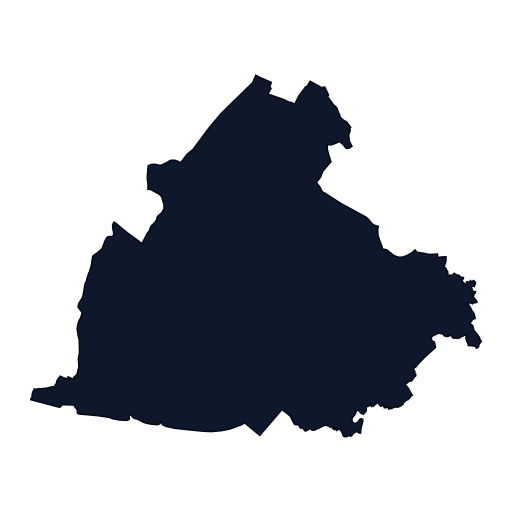 the district of Bang Pakong, Chachoengsao, Thailand
{"feature_id": "78962969B35774632549792", "entity_name": "Bang Pakong", "entity_type": "district", "adm_level": 2, "iso_a3": "THA", "parent_name": "Thailand", "parent_adm1": "Chachoengsao", "projection": "albers", "projection_center": [100.994, 13.548], "detail": "fine", "context": "isolated", "style": "filled", "palette": "ink", "viewbox_px": 512, "rotation_deg": 0, "n_neighbors": 0, "source": "geoboundaries", "source_scale": "gbopen_adm2", "svg_char_len": 6052}
<svg xmlns="http://www.w3.org/2000/svg" viewBox="0 0 512 512"><path d="M255.8,75.3L252.7,82.6L221.2,113.4L209.0,127.9L193.1,149.3L187.1,154.3L180.9,162.4L180.1,162.4L177.3,161.1L174.7,160.2L171.9,160.2L169.8,160.6L167.4,162.3L161.6,165.1L159.2,165.3L156.2,164.5L154.0,164.2L151.0,164.6L148.2,165.7L147.3,176.2L147.3,178.9L148.0,184.0L147.9,189.3L149.9,189.3L151.4,189.9L159.0,194.1L161.1,196.0L161.9,197.4L164.1,205.2L163.9,209.1L161.5,213.0L158.6,215.4L157.4,216.7L156.1,220.9L153.6,223.7L151.9,225.2L150.5,227.2L149.3,230.8L146.9,233.9L142.0,243.7L137.3,240.0L128.4,233.6L115.1,222.7L114.1,222.1L113.4,223.0L112.6,225.1L112.7,227.7L113.7,233.4L113.6,234.8L113.2,235.5L112.6,236.2L111.8,236.5L108.3,236.7L106.8,237.4L105.0,241.0L102.0,248.8L98.4,251.9L92.9,256.0L91.8,261.7L91.7,263.7L90.6,268.3L87.4,277.0L86.5,280.6L85.0,284.2L83.2,294.9L82.0,298.4L78.9,303.2L78.3,305.3L78.1,306.5L78.4,307.6L81.7,311.8L82.1,312.7L80.8,317.5L78.6,321.5L77.1,328.3L78.1,335.6L79.2,339.8L79.5,351.5L79.3,353.9L78.3,359.0L78.9,366.5L77.0,374.4L73.9,377.3L73.1,379.1L68.0,376.8L67.2,378.8L64.0,377.9L60.2,376.2L57.0,380.6L56.4,383.4L53.9,386.9L52.2,386.8L46.8,388.1L40.8,388.8L37.5,388.8L37.0,389.2L35.3,389.3L34.2,389.0L33.9,390.3L33.1,391.1L32.8,392.5L32.3,393.3L32.0,397.2L30.7,399.2L30.8,399.7L58.8,407.1L60.3,407.0L62.2,404.8L62.7,404.7L73.8,405.0L74.5,406.0L74.8,406.9L77.1,409.3L77.5,413.3L79.2,414.0L97.8,415.7L109.4,417.4L112.7,418.7L118.8,419.9L126.1,420.4L127.5,420.2L129.3,419.1L129.5,418.5L129.1,417.3L129.0,415.8L130.1,414.8L131.0,415.2L133.2,417.7L134.3,418.4L137.1,419.0L143.6,422.3L146.2,423.2L151.6,424.2L157.6,424.7L159.7,423.9L160.4,422.5L160.5,421.6L160.9,421.7L162.5,424.7L165.8,426.4L175.0,428.3L189.8,429.9L202.8,431.2L211.4,431.6L221.3,430.7L229.6,429.1L241.6,424.7L244.6,422.8L259.8,435.4L281.9,409.6L288.3,414.4L290.1,416.2L291.0,417.4L293.4,422.5L294.7,424.5L295.4,424.7L298.5,424.8L299.3,425.6L299.6,427.0L300.0,427.6L300.7,428.0L302.1,428.1L303.0,428.4L305.1,431.0L305.7,431.0L309.7,428.9L310.8,429.1L312.2,430.2L314.7,430.1L316.2,429.2L318.8,428.3L321.0,426.9L323.4,425.8L324.8,425.4L327.2,425.5L329.5,426.5L330.2,427.3L330.9,426.7L332.5,427.2L332.5,428.3L333.1,428.0L333.5,427.3L333.9,427.4L334.2,427.8L333.9,428.2L334.1,428.7L333.9,429.1L334.6,429.8L335.8,428.9L335.7,428.3L336.1,428.2L336.4,428.4L336.5,430.0L336.7,430.4L337.5,429.9L337.8,428.5L338.1,428.8L338.6,428.7L339.2,429.3L340.0,429.3L340.2,429.9L340.9,430.1L341.1,431.0L342.2,432.7L343.0,435.3L343.8,436.4L344.9,436.7L346.8,436.6L348.9,435.5L349.4,435.5L350.7,436.3L351.7,435.6L353.3,433.5L355.7,431.8L357.1,431.6L358.7,432.9L360.5,433.1L361.1,427.7L362.9,420.9L362.7,419.4L361.6,418.8L360.7,418.8L359.9,419.2L357.6,422.3L356.9,422.9L355.7,423.3L354.1,423.2L353.3,422.9L352.4,421.9L352.0,420.9L352.0,418.7L353.1,416.8L354.9,414.7L356.0,412.1L356.2,410.5L357.8,410.4L358.5,410.6L359.1,411.0L361.1,413.3L363.5,414.3L366.1,411.0L366.3,409.2L366.0,407.2L370.4,405.1L371.4,406.4L372.0,405.8L373.2,406.4L374.0,405.4L377.8,402.5L380.7,406.3L383.4,405.2L384.3,407.8L388.3,407.5L388.8,409.1L391.4,408.2L391.5,408.5L395.6,406.7L396.8,407.3L397.4,407.2L399.7,406.5L403.1,404.2L402.7,403.4L403.0,403.0L404.3,402.2L406.1,400.2L408.1,399.7L409.3,398.1L410.5,397.2L410.9,395.7L412.2,395.4L409.0,389.4L407.1,386.7L405.1,384.8L405.0,384.4L408.0,382.3L408.1,381.3L411.5,381.0L414.4,377.0L415.7,375.9L415.7,373.9L414.5,372.8L414.3,372.1L414.9,371.5L413.1,369.7L413.9,369.1L413.8,368.0L415.7,367.1L419.3,362.7L424.8,357.1L435.5,347.5L434.4,342.2L430.3,339.3L431.6,338.3L431.0,337.2L432.8,335.9L437.7,333.5L439.1,333.2L443.4,334.2L443.8,334.7L444.0,335.7L446.4,336.5L448.5,336.4L449.3,335.6L450.2,335.5L451.7,336.0L452.2,337.4L453.9,338.3L454.5,338.3L455.6,337.8L457.9,338.5L458.9,337.9L460.4,337.6L461.3,336.4L462.6,336.2L465.1,335.1L466.6,335.0L465.8,337.9L466.9,341.8L467.5,342.9L468.3,343.6L468.1,344.8L468.4,345.6L469.7,345.5L473.8,346.1L474.8,345.9L476.0,347.1L476.0,347.8L476.3,348.1L477.4,347.9L478.6,346.8L479.1,343.8L479.9,343.3L481.3,341.3L480.1,339.6L479.1,339.4L479.8,338.2L477.4,334.5L474.1,330.7L472.7,325.6L469.8,323.2L472.5,319.7L474.0,318.6L475.2,318.5L474.1,313.7L472.0,310.8L470.1,307.0L468.4,304.3L468.1,302.9L471.1,303.0L472.4,303.9L472.9,303.5L473.1,302.9L475.4,302.8L477.0,302.2L475.9,300.0L473.8,297.8L473.3,296.4L473.8,295.7L473.5,294.5L475.2,293.0L475.5,291.6L473.5,292.0L473.3,291.1L472.4,291.1L472.1,290.3L472.1,289.0L471.6,287.6L471.8,286.7L472.6,285.8L474.3,286.6L474.5,285.5L475.4,284.2L475.4,282.1L473.6,280.5L471.3,282.0L470.6,280.7L468.4,282.5L467.4,281.6L466.4,282.1L466.2,282.6L466.6,283.2L466.6,284.1L465.5,284.6L461.8,281.0L463.3,278.6L463.6,277.8L463.4,277.5L461.4,277.3L460.0,276.5L458.7,275.1L456.8,275.2L454.4,273.3L453.8,273.5L452.8,274.8L451.8,275.3L449.6,275.2L448.5,275.6L448.0,275.4L447.6,274.8L448.0,273.7L447.6,272.9L447.7,271.6L447.1,270.6L446.2,270.1L446.3,268.9L444.9,267.7L443.8,267.5L445.7,262.2L446.0,260.2L446.0,256.7L441.3,257.0L438.0,257.5L437.4,253.9L436.5,254.2L428.9,254.4L423.1,253.1L420.9,252.9L418.3,252.3L417.0,252.4L415.0,249.9L413.4,251.5L411.5,253.0L407.2,255.4L403.4,256.9L399.4,257.3L396.3,256.5L393.4,255.2L387.7,250.5L386.2,249.6L382.6,249.1L381.7,245.6L379.4,239.8L378.0,235.3L377.7,229.7L378.3,226.4L374.8,225.4L372.7,224.3L367.9,218.8L366.1,217.2L340.1,203.0L324.7,193.0L322.1,191.6L319.9,187.0L317.0,183.4L316.6,182.5L316.7,182.0L320.6,177.1L320.9,176.0L323.0,170.9L331.0,161.7L330.3,160.6L330.0,158.5L328.9,155.6L327.3,149.2L327.3,144.6L330.1,144.9L332.5,144.5L339.7,141.6L343.6,145.1L345.9,148.2L347.2,148.5L349.3,148.0L352.0,146.2L349.7,142.1L349.2,140.1L348.7,135.1L350.3,130.0L349.5,128.9L350.7,127.3L346.8,122.3L345.7,121.2L345.2,121.3L341.6,118.8L339.5,115.7L339.8,115.0L338.8,113.4L337.1,108.5L336.1,107.1L333.4,104.7L327.4,96.3L327.5,95.9L328.5,95.4L328.5,94.9L324.7,87.0L321.6,87.6L310.2,81.3L306.7,86.9L305.7,86.8L298.6,96.3L294.8,104.2L290.2,102.1L289.8,102.5L284.1,99.7L267.8,94.0L271.0,88.6L271.0,88.2L269.7,87.2L271.3,82.4L259.6,77.3L255.8,75.3Z" fill="#0f172a" stroke="#020617" stroke-width="1.5"/></svg>